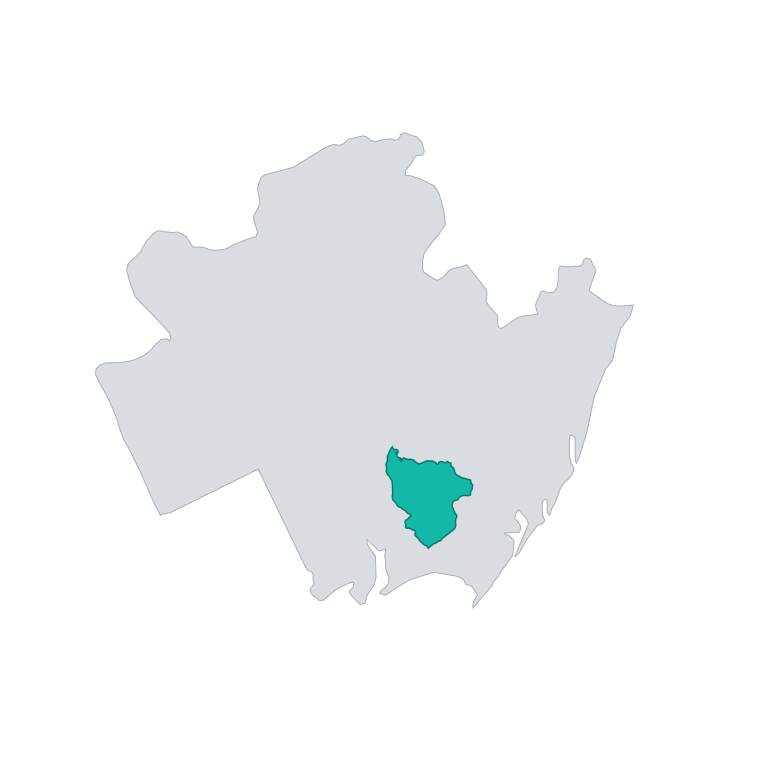 location of Ogoouè et Lacs, Moyen-Ogooué, Gabon, rotated 244°
{"feature_id": "22940354B45576072672451", "entity_name": "Ogoouè et Lacs", "entity_type": "district", "adm_level": 2, "iso_a3": "GAB", "parent_name": "Gabon", "parent_adm1": "Moyen-Ogooué", "projection": "mercator", "projection_center": [10.178, -0.763], "detail": "fine", "context": "in_parent", "style": "filled", "palette": "teal", "viewbox_px": 768, "rotation_deg": 244, "n_neighbors": 0, "source": "geoboundaries", "source_scale": "gbopen_adm2", "svg_char_len": 6941}
<svg xmlns="http://www.w3.org/2000/svg" viewBox="0 0 768 768"><g transform="rotate(244 384 384)"><path d="M525.5,136.9L525.1,142.7L518.6,157.0L515.4,168.0L514.7,179.7L516.5,189.1L519.7,195.8L521.7,203.1L520.1,208.2L516.9,210.4L519.1,212.9L523.9,213.5L532.1,211.3L544.7,207.4L561.1,201.8L571.9,198.7L589.8,200.6L599.4,202.8L604.2,206.7L609.5,223.5L612.1,226.1L616.5,233.2L620.1,241.8L620.8,246.1L620.4,249.3L616.8,253.9L612.7,260.7L611.3,264.8L607.9,267.9L603.5,270.9L591.6,272.1L589.8,273.9L586.4,281.2L580.1,287.3L577.2,293.1L574.7,300.9L575.2,310.5L574.0,324.3L572.7,333.7L575.8,336.9L590.1,339.2L592.9,341.1L596.6,346.9L601.5,352.3L614.6,355.7L619.6,359.9L623.7,364.5L624.3,368.2L621.3,383.2L618.5,397.6L619.6,408.6L620.7,419.1L622.2,434.3L621.5,443.6L617.8,449.3L617.8,453.8L619.5,459.2L616.2,474.0L614.1,476.5L608.3,479.3L605.2,483.3L604.2,489.5L601.1,498.1L597.9,501.3L597.9,505.3L601.0,508.2L600.9,512.6L595.1,518.0L591.6,522.0L583.8,524.0L574.9,521.9L572.8,518.9L575.0,514.3L574.2,510.6L571.1,506.8L566.4,496.8L562.2,494.7L559.8,498.8L552.6,506.4L539.8,516.1L530.9,516.9L514.3,513.9L500.5,509.2L493.9,497.8L489.9,488.4L484.0,477.5L477.3,472.3L470.2,469.0L467.1,468.8L456.9,474.8L453.9,477.2L453.9,482.4L454.9,487.1L456.4,489.4L457.8,492.5L457.5,497.2L455.7,503.6L455.1,510.6L423.3,517.5L417.8,515.0L413.8,511.9L409.0,512.4L395.2,516.0L390.2,513.5L385.1,511.7L382.8,513.2L382.6,516.2L385.0,532.7L384.2,539.0L381.1,547.2L379.5,552.8L387.9,554.4L391.0,557.0L393.9,561.1L398.0,565.0L398.3,567.4L393.7,571.7L392.1,577.0L394.3,581.2L400.0,585.5L408.4,590.0L412.5,593.0L412.1,595.7L408.2,601.4L406.7,606.3L404.1,610.7L404.6,614.8L408.4,618.5L408.0,621.9L405.4,624.5L400.2,623.9L395.8,624.3L391.8,623.2L379.4,610.2L376.7,609.8L358.7,619.8L354.3,624.0L350.6,629.9L345.6,642.8L337.4,635.3L330.4,621.6L322.2,613.2L304.9,599.6L300.3,589.6L280.5,567.5L252.1,545.5L231.6,526.3L228.5,522.1L231.9,522.6L251.8,532.1L254.5,531.1L256.7,528.9L248.2,523.9L240.0,520.0L232.3,517.5L224.7,517.8L220.4,513.7L217.6,507.6L216.2,502.3L212.8,496.8L201.9,485.5L199.2,481.1L193.3,475.1L196.9,474.3L208.6,480.0L209.6,477.7L208.6,474.4L196.9,469.0L190.5,468.6L189.0,464.8L189.9,460.4L181.5,443.9L172.8,431.5L171.4,425.7L194.9,452.5L198.1,453.0L202.2,452.7L211.9,449.7L210.1,446.1L205.7,442.3L201.4,444.1L195.9,444.4L193.0,442.8L191.7,440.0L197.2,427.0L194.9,427.6L193.1,430.0L190.1,431.1L185.4,431.8L173.8,424.8L163.6,405.9L160.9,402.0L158.1,395.5L155.5,392.8L143.7,365.9L148.2,367.9L153.6,375.7L164.0,374.1L168.0,369.6L171.6,369.7L175.2,368.7L179.8,364.5L193.1,346.0L196.6,321.6L195.5,307.1L193.5,292.8L197.9,288.2L199.7,291.2L200.5,296.3L202.6,300.1L207.4,303.5L216.2,304.4L229.8,309.7L234.7,313.1L236.0,306.3L251.7,300.6L247.0,298.5L233.0,300.8L213.9,292.2L207.5,286.7L201.6,276.3L195.4,270.8L195.9,266.0L209.6,261.5L213.2,262.0L214.7,267.3L218.4,269.5L219.8,268.8L220.4,264.2L220.5,251.9L216.3,234.3L217.6,230.9L221.3,229.7L224.7,227.4L227.0,226.9L231.7,227.4L234.0,231.4L235.3,233.7L240.0,234.7L243.8,236.9L247.2,236.3L249.9,233.8L254.0,233.3L266.5,233.3L277.8,233.3L300.4,233.4L323.0,233.5L345.6,233.6L362.7,233.6L362.6,223.5L362.5,208.0L362.4,189.6L362.3,172.0L362.2,155.7L362.1,136.4L363.0,130.9L364.2,128.6L363.8,125.4L381.3,125.2L412.9,126.6L426.8,126.4L430.7,126.7L448.0,125.7L462.0,127.0L468.0,128.3L473.3,129.0L490.1,129.8L512.0,128.8L519.5,129.0L523.6,131.7L525.5,136.9Z" fill="#d9dde1" stroke="#a8b0b8" stroke-width="1"/><path d="M234.0,345.7L233.5,345.8L232.5,346.3L231.6,346.7L230.5,347.1L229.3,347.3L227.7,347.5L226.5,347.6L225.8,347.9L225.1,348.4L224.3,348.7L223.4,348.8L222.7,349.3L221.9,349.7L221.2,350.0L220.7,350.7L220.3,351.2L219.5,351.5L218.4,351.5L217.5,351.7L216.9,352.0L217.3,352.6L217.5,353.2L217.6,354.0L218.0,355.1L218.1,355.9L218.3,357.4L218.6,357.9L218.6,359.0L218.6,359.5L218.3,360.9L218.4,361.7L218.5,362.5L219.0,363.4L218.5,365.1L218.4,365.5L218.6,366.8L219.5,368.4L219.9,370.6L220.4,372.3L220.8,374.5L221.4,377.4L222.1,379.8L222.5,381.7L222.9,383.4L223.6,384.8L224.3,385.7L225.8,386.6L226.9,387.0L228.2,387.6L229.5,388.2L230.8,389.1L231.7,389.7L232.2,390.6L233.1,391.4L233.9,391.8L235.0,391.7L236.0,391.3L237.5,391.2L239.1,391.3L241.1,391.6L242.4,391.6L243.8,391.5L244.9,391.8L246.5,393.1L247.4,393.8L248.2,395.4L248.3,396.6L248.0,397.7L247.7,398.5L247.6,399.2L248.0,400.2L248.6,401.3L249.3,402.6L249.4,404.4L249.1,406.2L248.5,407.5L248.3,408.2L247.8,409.0L247.1,409.9L246.6,411.0L246.4,411.9L246.3,412.8L247.0,413.4L247.7,413.8L248.0,413.9L248.8,414.3L249.4,414.9L249.9,415.9L250.6,416.8L251.5,417.6L252.3,418.0L253.0,418.4L253.6,419.0L254.2,419.3L254.9,419.3L255.7,419.0L256.8,418.9L257.4,419.0L258.6,419.3L259.6,419.7L260.3,419.0L260.9,418.2L263.1,415.9L265.9,412.7L267.0,412.0L267.7,411.6L268.3,410.8L269.2,410.3L270.2,409.6L271.0,409.1L272.8,408.9L274.0,408.9L274.9,409.3L276.3,409.5L277.9,409.6L279.1,409.4L280.0,408.7L280.7,408.5L282.2,408.7L283.8,409.5L284.0,408.9L284.6,407.9L285.3,407.5L286.2,407.4L286.6,407.0L286.7,406.2L286.3,405.3L286.2,404.5L286.7,403.9L287.6,403.3L288.9,402.1L289.4,401.0L289.6,399.6L289.4,398.8L288.7,398.4L288.3,397.7L288.6,396.7L289.2,396.3L290.4,396.0L291.6,395.3L292.8,394.5L293.5,393.7L294.6,391.7L295.9,389.1L296.3,387.8L296.3,385.3L296.3,383.5L296.6,380.9L297.3,379.8L298.1,379.4L299.7,378.5L300.5,378.0L302.0,377.7L304.5,375.3L304.9,374.3L305.2,373.7L305.8,372.5L306.6,371.4L307.5,370.6L308.4,369.9L308.9,369.2L308.8,368.2L308.6,367.4L308.0,366.8L307.3,366.1L307.4,365.5L308.4,365.2L309.0,365.5L309.3,366.2L309.8,366.3L310.7,366.0L311.2,365.4L311.7,364.6L312.4,364.2L313.7,364.2L314.5,364.6L315.7,364.7L316.8,364.5L316.2,365.1L315.9,365.5L316.1,366.5L317.3,367.1L318.2,367.3L319.1,366.9L320.0,366.0L320.3,365.0L320.8,364.1L321.9,363.9L323.2,363.8L323.8,363.9L323.4,362.9L322.6,361.6L321.4,359.9L320.0,358.3L318.7,356.9L317.9,355.9L317.3,355.2L316.0,354.7L314.9,354.1L314.3,353.9L313.7,353.4L313.0,352.7L311.8,351.5L311.0,350.7L310.6,350.4L309.5,350.1L307.9,349.8L306.8,349.3L305.0,347.9L304.4,347.6L303.3,347.5L301.5,347.5L300.4,347.7L299.5,348.1L298.0,348.4L295.8,348.6L294.9,348.8L293.8,348.8L292.9,348.7L291.9,348.1L289.1,347.1L285.6,345.5L281.6,343.7L280.7,343.0L279.6,342.3L278.4,341.8L277.7,341.7L276.9,341.3L276.0,341.3L274.9,341.5L273.8,342.0L272.7,342.4L270.6,342.6L269.3,342.6L268.5,342.9L267.5,343.3L266.7,343.8L266.0,344.5L265.5,345.0L264.9,345.3L263.8,345.5L263.0,346.0L262.4,346.5L262.0,347.0L261.1,347.4L260.2,347.8L258.9,348.1L257.7,348.4L257.0,349.1L256.1,349.7L255.4,350.2L254.6,350.3L253.2,350.4L253.1,349.5L253.0,348.2L252.5,346.8L252.3,346.0L252.0,344.4L251.9,343.7L251.4,343.0L250.5,342.3L250.0,342.0L249.3,342.1L248.6,342.3L247.9,342.0L247.1,341.5L246.8,341.2L246.5,340.9L245.8,340.7L245.1,340.7L244.6,340.9L244.3,341.4L244.1,342.0L243.7,343.0L242.6,344.1L242.0,344.7L241.0,345.2L240.0,346.0L239.6,346.7L238.9,347.2L238.1,347.5L237.2,347.5L236.4,347.3L236.0,346.5L235.6,346.0L234.7,345.7L234.0,345.7Z" fill="#14b8a6" stroke="#0f766e" stroke-width="1.5"/></g></svg>